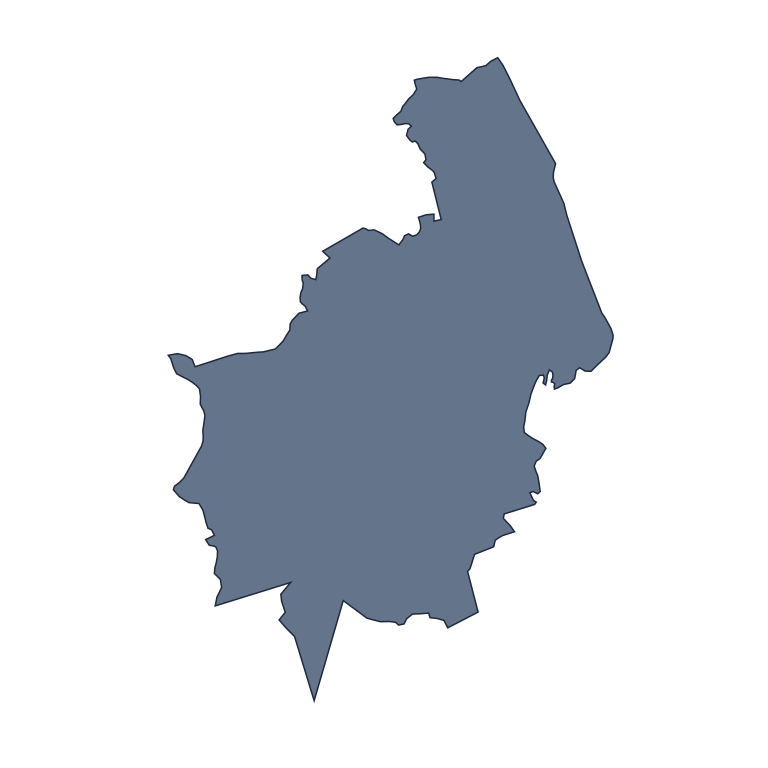 outline of Petaling, Selangor, Malaysia, rotated 252°
{"feature_id": "92858781B60376413639078", "entity_name": "Petaling", "entity_type": "district", "adm_level": 2, "iso_a3": "MYS", "parent_name": "Malaysia", "parent_adm1": "Selangor", "projection": "albers", "projection_center": [101.591, 3.103], "detail": "fine", "context": "isolated", "style": "filled", "palette": "slate", "viewbox_px": 768, "rotation_deg": 252, "n_neighbors": 0, "source": "geoboundaries", "source_scale": "gbopen_adm2", "svg_char_len": 3471}
<svg xmlns="http://www.w3.org/2000/svg" viewBox="0 0 768 768"><g transform="rotate(252 384 384)"><path d="M104.4,219.7L190.6,278.3L166.6,295.4L162.5,301.6L159.1,307.0L156.4,315.9L153.7,321.4L150.2,323.4L149.6,328.9L153.7,333.0L156.4,339.9L154.3,347.4L152.3,355.6L147.5,355.6L144.8,361.7L140.7,367.9L132.4,369.3L138.0,403.0L180.0,405.6L181.7,408.7L194.0,417.5L195.3,438.0L201.0,441.5L202.3,445.5L203.2,450.3L203.2,462.5L210.2,460.3L214.6,458.2L219.4,456.0L223.3,458.2L222.9,490.1L224.6,492.3L227.2,490.1L235.6,489.2L235.6,492.7L232.1,496.2L233.4,499.3L240.4,500.6L249.1,501.9L253.9,501.5L259.6,501.5L263.6,505.0L264.9,509.4L272.8,518.1L277.6,516.4L281.5,513.3L286.3,508.5L290.3,505.4L294.6,502.4L300.3,503.7L305.6,506.7L313.5,510.2L320.5,515.5L324.0,517.7L329.2,520.8L336.2,526.4L340.2,529.9L344.1,534.3L343.2,538.3L340.2,538.3L335.8,535.6L333.2,537.4L337.5,540.0L342.3,542.2L346.3,545.7L343.7,547.6L341.8,547.8L339.4,547.1L337.1,546.0L335.9,544.4L334.1,543.9L333.2,545.5L331.4,546.4L328.9,544.9L327.1,544.8L326.5,544.6L326.6,547.8L328.0,554.6L327.3,561.4L330.1,566.9L337.6,571.0L339.0,575.1L334.2,579.2L332.1,584.7L336.9,594.3L341.0,603.1L344.4,607.9L356.0,615.5L356.8,615.9L359.6,617.0L363.5,617.0L366.6,617.0L374.1,615.6L380.0,614.4L383.9,613.1L439.5,610.0L448.7,610.0L456.6,610.0L464.9,610.0L471.9,610.0L481.1,610.0L488.1,610.0L500.3,610.9L523.5,608.3L527.9,608.7L532.7,610.5L540.6,615.3L612.0,600.8L633.8,598.2L642.6,596.9L650.5,595.6L659.2,593.0L657.9,585.1L655.3,579.4L655.7,574.1L656.2,570.2L647.8,550.9L650.0,549.2L652.2,543.5L654.4,539.1L656.6,534.3L659.2,529.5L660.5,525.6L661.8,521.6L662.7,515.9L663.6,509.8L663.6,508.0L663.6,506.7L658.8,506.3L654.4,506.3L650.0,501.0L647.4,495.4L644.3,491.0L642.1,487.5L638.2,484.4L636.0,479.2L633.8,474.8L630.3,474.8L626.4,476.5L625.5,480.5L625.1,484.9L623.8,487.9L620.7,489.7L618.9,485.7L613.3,482.2L608.0,484.0L605.4,485.7L605.4,488.8L601.9,490.5L596.2,491.0L590.1,494.0L584.4,493.2L582.2,490.1L576.9,492.7L572.6,495.8L569.9,497.1L563.4,497.1L561.2,491.9L522.7,489.2L523.5,481.8L530.1,484.0L531.9,476.5L531.9,472.2L531.9,468.2L527.5,468.2L524.0,467.8L520.5,466.9L517.8,464.7L515.7,461.2L515.7,456.9L519.2,453.8L518.7,449.4L515.7,446.8L511.7,441.1L521.3,433.2L527.5,428.8L533.6,422.3L534.9,416.6L537.1,414.8L538.8,412.2L529.2,366.7L520.5,371.5L514.3,356.2L509.1,354.0L504.3,351.4L507.3,347.0L511.3,345.3L512.6,339.6L508.2,338.3L504.7,338.3L499.9,336.1L496.4,333.0L492.0,330.8L488.1,329.9L485.9,330.8L482.4,333.0L477.1,333.9L477.6,325.1L473.2,316.8L470.1,313.3L464.4,311.1L460.5,306.3L456.1,301.5L453.5,296.7L450.9,291.4L451.3,286.6L451.8,279.2L453.1,274.4L454.4,268.7L455.7,262.5L457.0,258.2L458.3,254.2L458.8,244.2L458.8,231.0L458.8,209.6L466.6,209.2L472.3,204.3L476.7,196.9L478.0,187.7L474.1,189.0L464.4,189.0L457.9,189.9L453.9,193.8L449.1,198.7L444.3,202.6L440.4,205.2L436.4,207.0L429.0,205.7L421.6,203.0L413.7,204.3L409.3,203.9L402.7,200.8L395.7,197.3L390.5,196.0L385.7,194.3L381.3,191.2L363.4,172.0L356.4,164.5L353.7,159.3L351.5,153.1L348.5,151.0L344.5,152.7L340.2,154.5L335.8,158.0L331.4,161.9L327.5,171.1L320.0,172.8L313.0,172.4L307.3,172.0L301.2,172.0L298.6,175.0L292.5,175.9L291.6,169.8L291.2,166.3L284.6,168.0L282.8,171.5L281.1,173.7L276.7,174.1L271.0,172.0L265.3,168.9L261.4,166.3L256.2,164.1L248.7,168.0L240.8,166.7L236.0,162.3L233.0,159.3L225.1,154.9L224.1,233.9L215.9,220.9L209.1,219.5L197.4,219.5L192.0,211.3L182.4,215.4L171.4,220.9L104.4,219.7Z" fill="#64748b" stroke="#1e293b" stroke-width="1.5"/></g></svg>